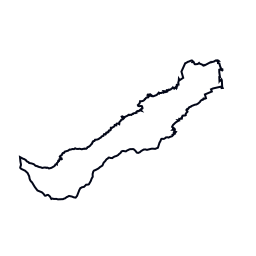 Stanesti, Gorj, Romania (orthographic projection), rotated 238°
{"feature_id": "2599482B13485546632352", "entity_name": "Stanesti", "entity_type": "district", "adm_level": 2, "iso_a3": "ROU", "parent_name": "Romania", "parent_adm1": "Gorj", "projection": "orthographic", "projection_center": [23.248, 45.191], "detail": "fine", "context": "isolated", "style": "outline", "palette": "ink", "viewbox_px": 256, "rotation_deg": 238, "n_neighbors": 0, "source": "geoboundaries", "source_scale": "gbopen_adm2", "svg_char_len": 5972}
<svg xmlns="http://www.w3.org/2000/svg" viewBox="0 0 256 256"><g transform="rotate(238 128 128)"><path d="M141.1,224.9L142.6,224.4L144.9,222.7L145.5,222.7L145.3,221.2L145.6,220.4L146.4,218.8L146.8,218.4L149.2,218.6L149.4,217.9L149.7,217.5L149.9,217.9L150.8,218.3L151.4,218.0L151.7,217.4L152.2,214.3L152.4,213.9L152.4,211.9L152.6,210.8L147.5,203.2L141.3,201.4L141.2,197.2L142.7,197.2L141.2,196.1L139.8,194.6L138.9,194.3L138.7,193.9L138.0,193.8L138.3,192.6L138.7,192.2L138.3,191.8L137.5,191.8L137.5,190.7L136.3,190.6L136.3,190.1L136.2,190.0L137.2,189.8L137.3,189.2L137.0,189.0L136.9,188.1L137.7,188.1L138.0,187.7L138.5,187.6L138.1,187.0L138.4,186.4L138.1,184.7L138.2,183.9L138.6,183.4L138.4,183.3L138.4,182.5L138.6,182.1L138.8,182.0L138.7,181.8L138.7,181.3L139.2,181.4L139.6,180.9L139.4,180.4L138.1,180.4L138.1,180.2L138.7,178.5L140.0,178.3L140.3,177.9L139.1,178.0L139.2,177.6L139.7,177.3L139.2,176.7L140.0,175.9L140.0,174.9L140.8,173.5L141.5,173.0L140.8,172.4L141.4,172.0L140.8,169.8L141.5,166.3L141.8,165.8L142.9,165.4L142.3,165.2L142.7,164.7L143.1,164.5L143.3,164.7L144.6,164.4L144.5,163.9L145.9,163.6L144.8,163.4L144.9,163.1L145.5,163.0L145.6,162.6L145.8,162.4L145.6,162.1L144.9,162.7L143.8,162.7L143.7,161.7L143.3,161.4L143.5,160.8L143.9,160.6L144.0,159.5L143.6,158.2L143.4,157.9L143.6,157.5L143.1,156.6L143.0,155.5L143.3,154.2L143.9,152.9L144.3,152.5L142.7,150.8L142.2,148.5L141.2,148.4L140.4,149.3L140.0,150.3L139.3,151.3L138.8,151.4L137.8,150.8L137.2,150.9L136.9,150.5L137.0,149.8L136.6,148.8L136.9,149.2L137.1,149.2L137.0,148.2L135.7,148.4L136.4,147.8L136.6,147.3L136.6,145.9L136.8,145.5L137.2,145.5L137.4,144.5L137.3,143.7L136.4,143.3L136.7,142.2L137.3,141.1L137.4,140.6L137.5,140.0L137.3,139.8L137.6,139.4L137.3,137.8L138.0,137.0L138.3,136.0L138.6,136.0L138.9,135.6L138.7,133.9L139.0,131.7L138.8,130.7L139.7,130.3L140.2,129.5L140.9,129.3L141.0,128.7L139.8,128.6L139.2,129.0L138.3,129.2L138.1,128.2L138.5,126.6L138.0,125.8L137.7,124.3L137.3,123.5L136.6,123.2L135.9,122.6L137.0,122.0L137.7,120.7L137.5,120.3L136.5,119.5L137.6,118.3L136.6,117.2L136.7,115.1L136.6,114.6L137.3,113.7L137.1,113.3L136.2,113.0L135.4,112.0L135.4,111.7L135.9,111.0L136.0,110.6L135.0,109.5L135.0,109.2L135.3,109.0L134.9,108.5L135.0,107.9L135.6,107.3L135.4,106.8L134.5,105.8L134.4,105.5L135.3,104.8L135.5,104.3L134.4,103.0L134.8,101.1L134.3,100.1L134.4,98.3L134.2,97.3L134.6,95.5L135.5,93.8L134.8,92.7L135.2,91.7L135.2,91.1L134.7,90.7L134.6,90.0L133.8,89.3L133.7,88.3L133.0,86.4L133.0,85.2L132.8,84.7L133.2,83.5L132.6,82.5L132.6,82.0L132.6,81.3L133.3,80.7L133.5,80.4L133.5,79.7L134.0,79.2L134.4,77.6L136.1,75.9L136.7,74.5L137.8,73.0L138.8,72.4L138.7,71.0L139.6,69.8L140.1,67.9L140.7,67.0L140.5,65.3L141.5,61.7L140.8,60.7L141.3,59.4L141.0,58.6L140.4,58.2L140.2,57.4L140.0,57.1L140.0,56.7L140.3,56.1L139.8,54.9L138.6,54.9L137.5,55.6L136.7,55.3L136.8,54.7L137.8,53.5L137.9,53.2L136.8,52.3L136.6,52.0L137.1,51.4L136.1,50.4L135.9,49.1L135.0,48.5L135.5,48.3L135.3,47.6L135.5,47.0L134.9,46.2L134.7,45.1L134.8,41.9L135.6,39.5L136.6,39.0L137.4,38.3L137.5,37.5L138.2,37.1L138.9,35.9L139.6,34.1L141.0,33.1L142.0,31.9L143.1,31.3L143.4,30.8L144.1,30.6L144.6,29.8L145.6,29.3L146.5,29.2L147.4,28.8L149.1,27.4L150.7,25.6L151.6,25.6L153.5,24.4L154.5,24.5L156.5,23.6L157.6,22.7L160.6,21.0L156.6,19.0L154.0,18.0L153.3,17.6L151.7,15.7L151.1,15.5L149.9,15.8L146.3,18.1L143.0,19.0L139.4,18.6L137.2,17.7L135.7,17.4L134.1,17.4L132.9,17.8L127.4,17.7L123.0,18.1L119.1,20.9L116.9,21.5L114.8,21.6L114.2,22.3L114.1,23.6L113.8,24.5L113.4,24.9L111.3,25.5L108.4,25.4L108.1,26.7L107.2,27.4L105.9,29.6L104.6,30.8L102.1,35.2L102.0,36.3L101.7,37.3L101.9,39.5L101.7,40.1L101.7,41.5L101.6,42.0L99.6,44.1L97.9,45.3L96.7,46.7L97.4,48.8L101.3,54.0L102.3,55.9L102.1,56.5L102.2,57.3L101.4,59.6L102.1,62.4L101.1,64.3L101.0,65.0L102.8,68.4L104.4,70.4L105.3,72.2L107.7,73.6L109.4,75.4L109.8,76.3L109.9,76.9L109.6,77.8L109.7,78.3L109.4,79.1L109.5,80.5L109.3,81.3L109.7,83.5L109.7,86.4L111.5,89.0L112.1,91.4L112.7,92.7L112.9,93.6L112.8,94.6L113.2,95.8L112.8,96.5L111.8,97.3L110.8,98.8L111.0,99.8L110.9,101.6L110.4,103.4L110.3,105.4L110.6,106.3L110.8,108.4L111.6,110.1L111.2,111.6L109.3,113.8L109.4,115.1L109.1,118.0L108.8,118.8L107.4,121.2L106.9,121.6L104.8,122.2L102.5,122.4L101.5,123.4L101.2,125.2L101.5,127.0L101.4,129.9L100.6,131.4L99.4,132.5L98.0,136.9L97.3,138.1L95.9,140.0L95.4,142.9L99.0,147.1L99.4,148.1L101.0,150.3L100.9,151.1L100.1,152.0L99.7,153.0L99.7,154.3L99.9,155.2L99.1,156.7L98.3,157.4L98.3,158.5L97.7,161.0L98.1,162.6L98.7,162.5L98.4,164.4L98.9,164.4L98.7,164.7L99.3,164.8L99.6,165.2L99.1,166.0L99.3,166.5L100.5,165.3L101.6,166.8L102.5,166.5L102.8,165.9L102.6,165.2L102.8,164.9L102.9,165.5L103.7,165.9L103.3,166.2L103.5,166.4L103.2,166.5L103.2,166.9L105.6,166.0L106.2,166.9L106.7,167.8L107.3,170.6L107.5,172.1L107.4,174.3L107.6,174.7L108.0,174.6L107.3,175.5L108.6,176.3L108.2,176.8L108.0,177.4L108.2,178.4L107.6,178.3L107.4,178.5L108.0,179.2L108.8,179.7L109.1,180.6L109.5,180.8L109.2,181.7L108.4,182.9L108.3,183.8L109.3,184.3L109.7,185.0L110.3,187.1L110.9,187.3L111.8,186.9L112.1,187.2L112.5,187.3L112.7,188.1L112.8,188.5L112.3,189.0L112.6,190.0L113.0,190.4L113.2,191.0L112.7,192.5L113.0,193.2L112.3,197.1L111.7,198.5L111.6,200.4L112.0,202.9L112.6,204.0L112.7,205.8L112.3,206.2L112.3,206.9L113.0,207.5L112.9,208.0L112.1,208.6L111.9,209.9L115.7,211.0L114.5,218.4L116.8,218.9L116.5,221.0L113.8,228.8L112.3,228.5L111.8,229.5L113.4,229.7L113.4,229.9L118.1,232.5L118.3,232.2L119.3,233.0L119.5,233.0L119.3,232.7L119.5,231.9L119.3,231.6L119.7,230.8L119.6,230.6L122.8,232.4L122.5,233.0L127.0,235.0L129.1,236.3L129.0,236.9L128.7,236.7L128.1,237.8L126.9,238.4L127.0,238.8L127.8,239.1L128.0,238.6L128.8,238.4L131.5,238.8L134.3,239.7L135.3,238.7L136.4,239.4L137.1,239.5L136.7,240.5L137.1,240.4L137.7,240.0L137.8,239.3L138.0,239.4L137.8,239.9L138.0,239.7L138.8,238.2L138.8,236.2L139.7,233.2L139.9,233.2L139.8,232.8L140.1,232.4L140.5,226.4L141.1,226.0L140.8,225.2L141.1,224.9Z" fill="none" stroke="#020617" stroke-width="2"/></g></svg>